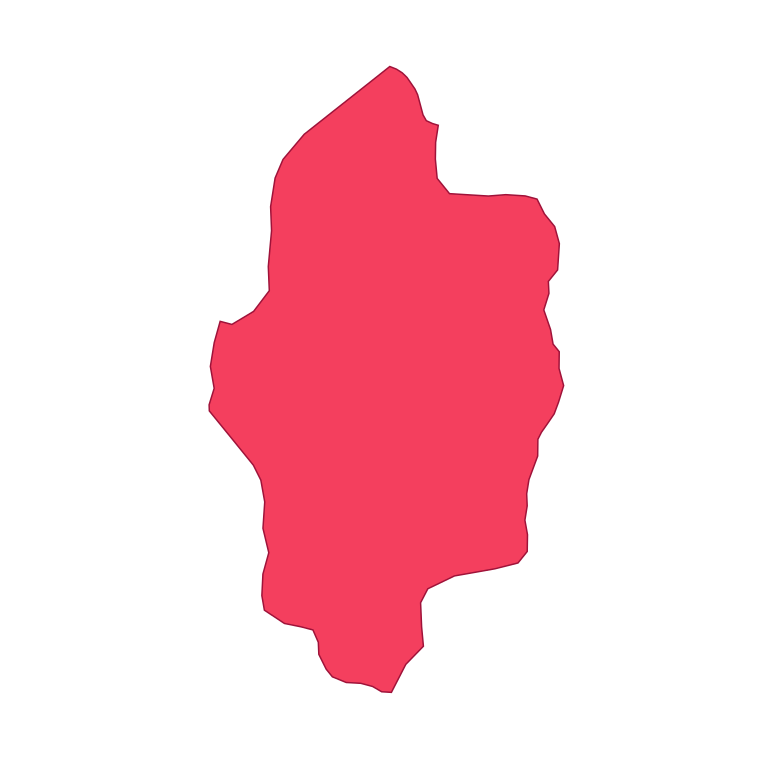 outline of Unhung, Ryanggang, North Korea, rotated 231°
{"feature_id": "82179303B62384537244682", "entity_name": "Unhung", "entity_type": "district", "adm_level": 2, "iso_a3": "PRK", "parent_name": "North Korea", "parent_adm1": "Ryanggang", "projection": "mercator", "projection_center": [128.55, 41.324], "detail": "fine", "context": "isolated", "style": "filled", "palette": "rose", "viewbox_px": 768, "rotation_deg": 231, "n_neighbors": 0, "source": "geoboundaries", "source_scale": "gbopen_adm2", "svg_char_len": 1275}
<svg xmlns="http://www.w3.org/2000/svg" viewBox="0 0 768 768"><g transform="rotate(231 384 384)"><path d="M247.4,476.0L250.5,486.8L253.7,497.5L260.1,508.3L269.7,522.6L285.9,529.8L298.8,540.5L308.6,540.5L321.5,547.7L341.0,554.8L350.6,569.2L360.3,576.3L363.4,590.7L382.7,608.6L398.9,615.7L415.2,615.7L431.4,619.3L441.3,612.1L454.5,597.8L464.4,583.4L477.5,569.1L490.7,554.7L510.3,554.7L526.4,565.4L539.3,576.2L550.9,589.0L555.9,585.6L562.0,582.6L568.6,583.7L587.7,592.2L593.8,593.7L607.7,594.8L614.3,594.0L620.9,591.8L627.1,588.3L627.4,558.2L627.9,515.1L628.3,479.2L622.1,446.9L612.6,429.0L593.2,407.5L573.9,393.1L548.1,368.0L528.7,353.6L522.5,328.4L526.0,303.3L535.8,296.1L523.0,278.1L506.9,260.1L487.5,249.3L477.9,235.0L473.0,231.3L435.6,231.4L403.1,231.4L386.8,227.8L367.4,217.1L348.0,199.1L325.4,188.3L312.5,170.3L296.4,155.9L283.5,148.7L260.6,155.9L247.5,166.7L237.6,174.0L224.6,170.4L214.9,163.2L198.7,159.6L188.9,159.6L175.8,166.8L166.0,177.6L156.1,184.8L146.3,188.5L139.7,195.7L152.4,224.5L155.4,249.6L171.6,260.4L191.0,274.8L197.3,289.2L190.5,318.0L180.5,336.0L170.6,353.9L160.6,375.5L163.7,389.9L176.6,400.7L189.5,407.8L199.2,418.6L208.9,425.8L218.5,436.5L224.9,447.3L231.3,458.1L244.2,468.8L247.4,476.0Z" fill="#f43f5e" stroke="#9f1239" stroke-width="1.5"/></g></svg>